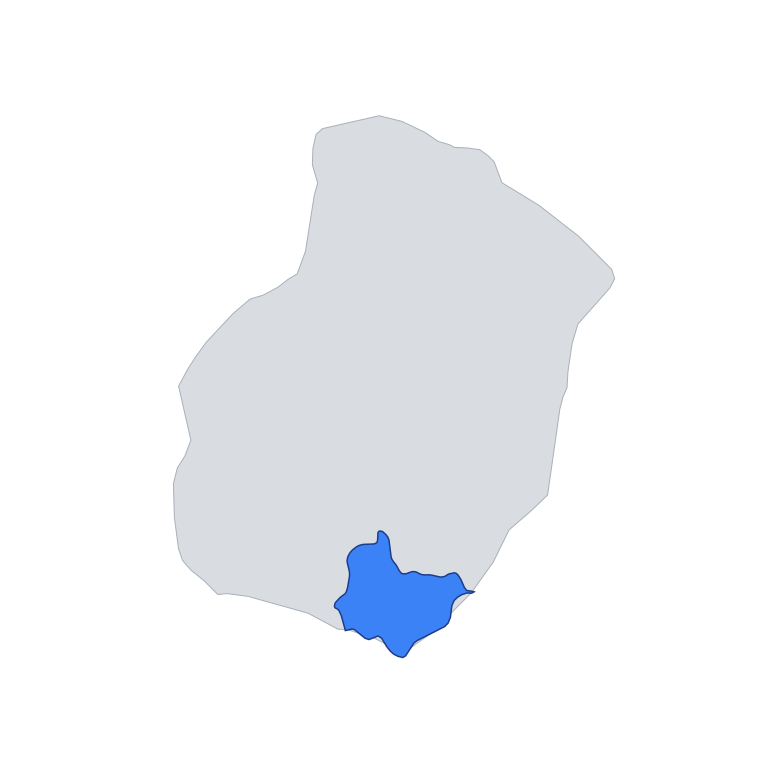 location of Butha-Buthe within Lesotho, rotated 157°
{"feature_id": "LSO-1211", "entity_name": "Butha-Buthe", "entity_type": "District", "adm_level": 1, "iso_a3": "LSO", "parent_name": "Lesotho", "parent_adm1": "", "projection": "orthographic", "projection_center": [28.556, -28.822], "detail": "fine", "context": "in_parent", "style": "filled", "palette": "blue", "viewbox_px": 768, "rotation_deg": 157, "n_neighbors": 0, "source": "natural_earth", "source_scale": "10m", "svg_char_len": 2393}
<svg xmlns="http://www.w3.org/2000/svg" viewBox="0 0 768 768"><g transform="rotate(157 384 384)"><path d="M495.5,507.8L476.0,513.9L473.3,514.5L460.8,513.0L444.2,514.5L431.1,517.9L420.9,519.2L404.4,536.9L374.5,584.9L366.5,594.9L364.3,613.7L357.4,628.6L349.0,640.3L340.7,643.1L315.6,638.6L283.6,632.8L264.8,618.6L248.1,599.7L239.2,586.0L230.0,578.5L226.8,574.3L213.7,568.0L208.7,564.8L204.4,562.5L199.0,553.4L195.8,545.4L196.8,523.2L187.4,510.1L171.4,487.7L161.2,469.3L147.2,444.2L138.5,422.7L129.6,400.4L130.6,390.7L138.8,384.0L163.0,372.5L181.9,363.6L195.3,347.4L209.9,323.4L217.0,309.0L224.1,302.4L231.9,292.3L245.5,269.7L260.6,244.7L276.8,217.9L297.5,210.0L325.8,200.9L353.0,177.4L385.4,157.6L437.9,136.2L462.4,130.7L471.7,127.6L477.6,131.7L483.8,143.9L492.7,154.2L513.4,172.0L522.2,176.3L543.5,202.7L566.2,220.9L592.4,241.8L610.2,252.3L619.2,255.2L626.7,273.7L634.2,287.5L638.4,300.3L637.5,312.8L629.0,343.3L616.8,374.5L607.1,387.4L595.3,395.6L583.7,407.8L579.2,432.9L573.9,462.3L558.8,474.4L547.2,482.3L531.1,492.0L495.5,507.8Z" fill="#d9dde1" stroke="#a8b0b8" stroke-width="1"/><path d="M473.6,124.9L477.7,128.0L480.6,131.5L482.6,135.7L484.0,140.6L485.5,150.8L487.9,154.4L497.6,154.6L500.8,157.4L507.2,169.5L509.0,170.9L515.8,172.1L516.0,172.2L515.8,172.8L513.8,187.5L514.0,192.9L514.4,194.3L514.9,195.1L515.4,195.8L516.0,196.4L516.4,197.0L516.6,197.9L516.4,199.0L515.0,200.9L513.9,201.9L507.9,204.6L502.0,206.1L500.6,206.9L499.5,207.9L496.9,211.1L491.0,220.3L489.8,222.9L489.0,225.5L487.7,233.5L487.1,235.6L486.0,237.5L484.6,239.3L482.7,240.9L480.8,242.2L478.3,243.4L475.7,244.2L473.0,244.8L470.6,245.1L468.2,244.9L465.9,244.5L456.1,240.8L454.4,240.6L452.8,240.8L451.7,241.6L450.8,243.0L448.1,248.6L447.4,249.7L446.4,250.4L444.7,250.1L442.9,248.6L441.0,244.4L440.3,241.3L440.4,238.4L445.0,222.1L445.2,219.8L444.8,217.0L443.8,213.6L443.3,210.8L443.1,207.9L442.7,205.2L441.7,202.5L438.7,201.0L437.0,200.6L433.4,200.5L431.1,200.2L429.2,199.4L427.4,198.0L425.4,195.4L423.3,193.5L420.2,191.9L417.8,191.1L415.3,189.8L407.6,184.3L404.7,183.3L402.1,183.2L400.2,183.7L398.4,183.8L392.9,182.7L391.5,181.5L390.5,179.3L389.6,173.9L389.5,165.1L388.5,161.6L383.9,158.8L382.3,157.5L385.0,157.2L389.4,159.2L394.5,159.7L399.6,159.0L404.0,157.3L408.2,153.4L414.1,143.2L418.4,138.9L422.9,137.0L453.4,134.9L457.8,133.8L470.3,125.3L473.6,124.9Z" fill="#3b82f6" stroke="#1e3a8a" stroke-width="1.5"/></g></svg>